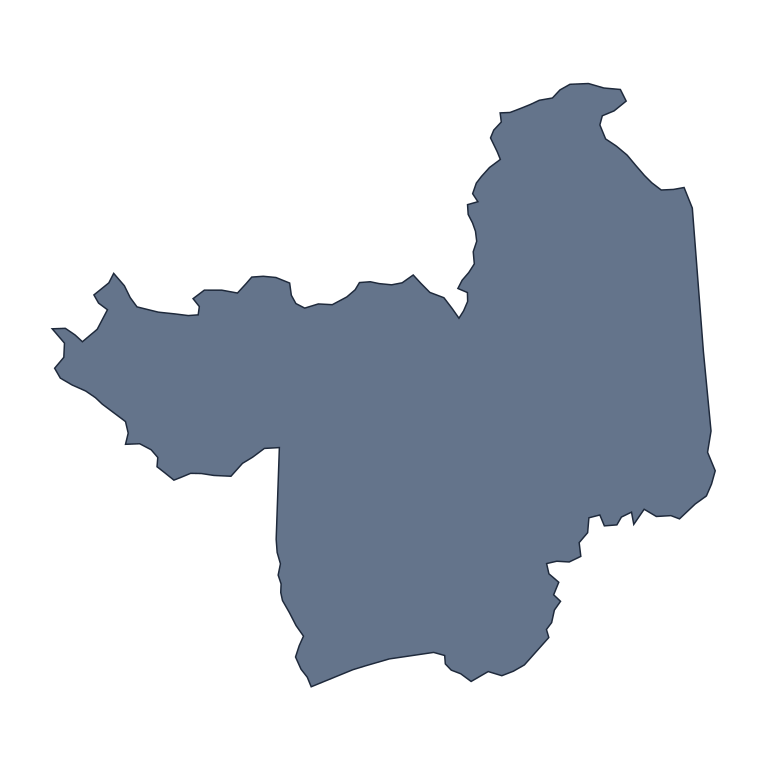 Segredo, Rio Grande do Sul, Brazil, rotated 271°
{"feature_id": "56859067B17752705849385", "entity_name": "Segredo", "entity_type": "district", "adm_level": 2, "iso_a3": "BRA", "parent_name": "Brazil", "parent_adm1": "Rio Grande do Sul", "projection": "mercator", "projection_center": [-52.922, -29.293], "detail": "fine", "context": "isolated", "style": "filled", "palette": "slate", "viewbox_px": 768, "rotation_deg": 271, "n_neighbors": 0, "source": "geoboundaries", "source_scale": "gbopen_adm2", "svg_char_len": 2330}
<svg xmlns="http://www.w3.org/2000/svg" viewBox="0 0 768 768"><g transform="rotate(271 384 384)"><path d="M105.6,529.3L133.4,553.2L141.4,550.7L148.4,555.8L160.9,558.3L169.8,564.3L176.2,557.3L188.8,562.2L197.1,552.2L207.3,549.7L209.8,559.8L209.3,572.3L215.1,583.8L228.8,581.9L238.9,590.2L253.8,591.2L256.8,602.1L246.0,606.8L247.2,619.3L255.1,623.7L260.2,633.7L248.0,636.2L263.3,646.3L256.3,658.6L257.4,673.2L254.3,681.8L269.4,697.2L277.7,708.3L289.6,713.2L303.0,716.7L321.4,708.7L342.7,711.8L421.9,702.8L565.3,689.2L585.7,680.6L583.6,670.1L582.8,657.8L589.8,648.3L597.1,640.7L607.6,631.3L617.1,623.1L625.9,612.2L632.9,601.3L646.8,595.3L656.0,597.6L661.1,609.3L671.1,621.2L682.6,615.2L683.8,598.6L688.0,583.2L686.9,564.7L681.1,554.8L672.9,547.4L670.4,534.3L666.0,525.4L662.1,516.2L657.7,505.3L657.1,495.4L648.0,496.7L639.8,489.3L631.9,486.2L618.1,493.2L610.6,496.4L602.3,485.7L593.1,477.7L586.5,472.8L575.8,469.3L567.9,474.7L564.8,464.4L555.0,465.2L546.6,469.7L538.3,472.8L528.3,474.2L517.8,470.9L505.7,472.2L496.9,466.8L489.1,460.3L480.8,456.2L476.9,465.8L468.0,466.2L458.5,462.3L451.1,457.8L460.7,450.8L471.3,442.4L476.4,428.2L485.5,418.9L493.5,411.3L485.5,400.4L483.3,389.9L484.3,377.4L486.0,368.5L485.0,357.7L477.7,353.5L470.4,345.3L462.4,330.9L462.9,316.9L458.5,303.4L462.9,294.5L471.1,289.8L483.3,287.9L488.6,274.1L489.6,261.4L488.6,249.9L482.1,244.5L472.4,235.9L475.0,220.2L474.7,202.7L466.0,191.6L458.2,198.0L449.9,197.0L449.0,187.1L450.4,174.1L451.9,157.1L456.8,135.7L466.0,128.7L477.7,122.7L489.9,111.8L480.3,107.1L468.0,92.4L459.9,97.2L453.4,106.2L433.7,96.3L421.0,81.7L427.6,74.3L434.1,64.4L433.4,51.3L419.3,63.8L405.1,63.4L394.0,54.4L384.2,60.3L377.5,72.3L371.8,85.8L365.3,95.7L358.9,102.7L350.6,114.2L341.9,126.2L330.4,129.1L319.2,126.6L320.0,140.8L314.2,152.3L306.6,159.1L297.3,158.5L291.6,166.1L284.2,175.6L287.7,184.0L291.3,192.2L291.3,203.0L289.6,215.5L289.1,232.6L302.2,243.9L308.6,254.0L317.5,265.5L318.6,280.5L226.8,278.9L213.7,280.1L202.4,283.6L191.1,281.5L182.3,284.6L173.7,284.4L165.7,286.3L153.6,293.5L140.9,300.3L130.5,307.9L120.9,303.8L109.5,300.3L97.4,306.0L89.5,312.4L80.0,316.5L85.6,329.5L97.8,357.9L101.7,369.8L109.2,394.0L116.5,438.3L113.6,449.4L105.2,450.2L99.1,456.2L95.6,465.8L88.1,476.3L98.3,493.2L94.4,506.9L99.1,518.4L105.6,529.3Z" fill="#64748b" stroke="#1e293b" stroke-width="1.5"/></g></svg>